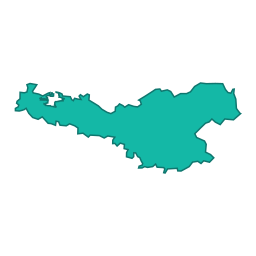 the district of Shakhrisabz, Kashkadarya, Uzbekistan
{"feature_id": "79887680B91386955898676", "entity_name": "Shakhrisabz", "entity_type": "district", "adm_level": 2, "iso_a3": "UZB", "parent_name": "Uzbekistan", "parent_adm1": "Kashkadarya", "projection": "natural_earth1", "projection_center": [67.01, 38.95], "detail": "fine", "context": "isolated", "style": "filled", "palette": "teal", "viewbox_px": 256, "rotation_deg": 0, "n_neighbors": 0, "source": "geoboundaries", "source_scale": "gbopen_adm2", "svg_char_len": 3321}
<svg xmlns="http://www.w3.org/2000/svg" viewBox="0 0 256 256"><path d="M60.2,93.1L59.7,92.9L59.6,93.2L58.6,93.1L58.5,92.5L56.1,92.0L56.1,92.4L56.5,92.5L58.2,92.9L59.0,94.5L59.2,95.3L58.9,95.3L59.1,96.2L59.2,96.5L59.2,96.8L59.1,97.2L60.0,97.2L60.7,97.5L60.9,97.5L62.1,98.0L62.7,98.2L62.9,98.4L63.2,98.4L64.0,98.4L64.3,98.7L64.3,98.8L64.0,98.9L62.3,99.2L62.3,99.5L62.7,99.6L62.7,100.3L63.1,100.4L63.1,100.7L63.1,100.8L61.3,100.8L61.1,100.9L60.9,101.0L60.4,100.8L60.0,100.8L59.4,101.2L59.0,101.4L58.6,101.4L58.4,101.2L58.0,101.4L57.1,101.5L56.9,101.6L56.2,101.7L55.8,101.6L55.5,101.6L55.3,101.7L55.1,102.1L54.7,102.9L54.9,104.0L54.8,104.5L54.6,104.6L54.5,105.2L55.3,105.4L55.4,106.4L55.9,106.6L55.8,107.1L54.3,106.8L54.0,106.9L53.6,106.6L50.9,106.3L50.3,105.7L49.3,105.8L47.4,105.7L46.8,105.4L46.2,105.3L45.9,105.5L45.2,105.1L45.2,104.4L44.1,104.1L44.1,103.7L44.4,103.8L45.4,103.9L46.1,103.5L46.1,103.1L47.0,102.9L47.7,103.0L48.0,100.8L46.7,100.4L46.6,100.2L46.1,100.1L44.3,100.0L44.1,100.1L40.4,99.9L40.5,99.1L40.0,98.3L40.4,98.1L41.4,97.8L41.4,98.0L41.4,98.6L41.5,98.7L42.5,98.8L43.2,99.0L44.0,99.2L44.0,98.6L44.6,98.7L44.7,98.9L46.2,99.1L47.6,99.3L47.3,98.9L47.3,98.6L47.6,98.2L47.4,98.0L47.4,97.7L46.8,97.6L46.3,97.0L46.2,96.4L46.4,96.2L46.7,96.0L49.6,95.2L49.6,95.4L50.0,95.4L50.2,96.2L52.9,96.3L53.0,96.0L53.5,96.0L53.6,95.1L53.6,93.9L53.1,94.0L52.4,93.9L52.2,92.9L51.7,92.9L51.7,93.5L51.2,94.5L50.0,94.9L49.8,94.1L50.0,92.6L48.3,93.1L42.7,96.0L38.8,94.1L33.2,92.9L32.5,91.2L34.6,88.2L36.8,84.7L30.0,83.5L26.9,84.7L27.9,87.7L26.9,92.0L24.3,92.8L20.1,92.3L20.0,98.8L17.1,101.3L16.6,103.2L18.8,105.0L18.1,106.9L15.4,108.4L15.4,110.7L19.3,111.0L22.1,110.3L24.4,109.5L26.1,108.3L28.8,113.3L32.7,117.5L38.1,119.3L42.3,116.9L48.1,123.3L51.1,123.6L55.5,125.3L56.1,121.2L58.6,121.7L60.0,125.2L66.3,125.8L69.6,123.8L74.7,125.8L78.0,128.0L77.8,133.8L83.0,133.2L88.3,137.1L90.2,135.1L99.4,135.6L104.2,138.0L107.8,136.0L114.8,137.2L112.8,140.1L112.7,143.6L114.9,143.4L117.1,146.0L120.3,143.1L124.4,144.4L124.1,148.6L128.1,149.6L126.6,152.6L126.5,156.8L132.0,158.3L133.7,156.7L133.8,152.8L135.7,152.9L137.7,156.6L139.8,157.6L141.3,161.1L142.7,163.5L142.2,165.1L139.1,166.2L138.6,168.0L142.1,167.9L144.7,166.6L147.5,167.4L152.7,166.6L155.6,164.1L157.1,167.2L163.7,167.6L164.8,168.8L163.7,172.7L165.1,173.0L167.6,168.9L177.2,168.3L177.8,170.9L181.1,171.0L189.2,166.6L192.6,162.1L197.8,161.3L201.0,163.5L203.7,160.8L209.5,162.2L213.8,157.8L210.6,154.6L205.5,152.1L206.2,144.3L204.5,141.0L196.6,137.5L194.8,133.7L200.6,127.9L205.5,123.2L209.2,121.9L211.9,119.0L215.3,122.1L220.2,124.6L224.8,119.0L233.5,119.8L240.6,113.6L240.0,113.3L237.4,109.9L236.4,108.4L235.8,99.1L234.4,95.4L233.7,93.5L234.2,89.1L232.9,89.3L230.8,93.2L227.9,92.5L225.4,89.4L222.7,83.7L215.4,83.5L206.5,83.7L200.5,83.0L194.6,86.5L190.5,91.8L186.6,93.6L180.6,93.6L174.2,97.0L170.7,91.5L167.3,89.9L161.4,91.2L159.9,89.0L155.5,89.4L152.7,91.3L145.1,96.2L138.7,100.1L140.3,100.9L141.3,104.3L137.6,106.9L133.8,106.4L128.6,104.7L124.7,107.2L122.9,105.6L119.5,103.9L117.7,106.0L115.5,107.1L115.2,111.3L110.9,113.6L107.0,112.3L101.8,109.2L98.4,105.9L94.5,103.5L88.9,100.1L89.3,94.9L87.3,94.0L83.4,96.7L80.4,94.7L79.1,96.1L81.0,99.5L77.9,99.1L74.6,98.3L73.3,100.7L71.7,99.6L70.3,96.7L62.7,96.0L62.0,94.0L60.2,93.1Z" fill="#14b8a6" stroke="#0f766e" stroke-width="1.5"/></svg>